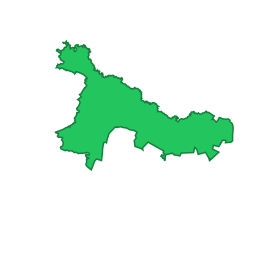 Abasolo, Guanajuato, Mexico, rotated 117°
{"feature_id": "50627088B42096071159121", "entity_name": "Abasolo", "entity_type": "district", "adm_level": 2, "iso_a3": "MEX", "parent_name": "Mexico", "parent_adm1": "Guanajuato", "projection": "orthographic", "projection_center": [-101.545, 20.537], "detail": "fine", "context": "isolated", "style": "filled", "palette": "green", "viewbox_px": 256, "rotation_deg": 117, "n_neighbors": 0, "source": "geoboundaries", "source_scale": "gbopen_adm2", "svg_char_len": 5740}
<svg xmlns="http://www.w3.org/2000/svg" viewBox="0 0 256 256"><g transform="rotate(117 128 128)"><path d="M169.0,136.9L161.6,139.6L158.1,141.2L152.1,143.0L150.7,141.2L150.9,140.5L147.3,141.5L141.4,142.4L133.7,140.1L133.0,139.8L132.6,138.3L131.9,138.3L132.0,137.3L130.2,135.3L130.0,133.3L128.6,129.0L128.7,125.4L127.5,121.9L127.6,118.0L131.4,118.1L133.0,116.2L136.5,116.7L141.2,113.4L140.3,106.9L140.8,104.8L139.0,106.0L131.5,103.7L132.2,85.7L134.2,85.4L134.3,84.0L135.5,83.8L136.1,83.8L136.7,85.7L138.3,85.8L138.6,82.8L139.2,83.0L139.3,81.2L140.1,80.8L139.8,80.4L138.0,81.1L137.6,81.6L134.4,82.0L131.3,78.2L131.1,77.6L130.4,77.4L130.6,74.9L131.0,74.8L129.3,69.1L126.2,69.2L120.1,58.4L115.0,59.7L115.8,57.0L119.6,53.5L114.5,47.8L118.4,41.9L118.7,41.5L118.2,41.5L118.2,41.2L118.7,41.3L119.3,40.9L119.6,41.1L120.0,40.5L108.3,36.1L108.4,43.1L104.6,44.0L103.3,38.6L96.0,38.2L94.6,35.3L96.9,34.5L94.0,30.0L92.9,29.3L91.7,29.1L87.1,31.5L81.8,33.6L78.8,35.2L76.8,37.2L76.0,40.1L75.1,40.5L74.6,41.2L74.4,42.8L75.9,45.1L76.9,47.9L76.9,50.2L77.3,51.5L81.1,51.4L81.9,52.0L82.7,52.1L81.5,55.4L81.4,56.5L81.8,56.9L78.1,56.6L78.3,58.1L78.1,58.1L77.5,63.0L78.2,65.1L77.6,65.6L77.7,66.2L80.0,66.8L80.6,68.2L82.8,69.5L83.0,70.1L82.6,72.2L83.7,72.5L84.0,72.9L83.8,74.3L84.8,75.6L84.4,76.3L83.6,76.4L83.5,77.0L84.5,77.7L85.1,78.8L85.6,78.9L86.1,78.3L87.0,78.3L87.3,79.2L87.9,79.3L88.0,78.2L88.5,77.9L89.5,79.0L91.0,80.0L92.2,79.7L93.1,81.0L94.8,82.3L95.5,84.6L97.2,85.8L99.5,86.1L99.8,87.1L99.2,87.9L99.4,88.6L98.2,88.4L98.3,88.9L97.8,89.7L97.1,89.6L96.7,89.0L97.0,88.1L96.7,87.6L96.2,88.1L95.6,89.9L96.0,91.7L97.0,91.8L97.6,92.7L98.1,92.4L98.6,93.4L99.3,93.2L100.3,93.9L100.1,95.4L100.5,97.1L99.7,97.8L99.0,99.8L99.4,101.3L98.6,102.4L99.0,104.2L98.5,104.7L98.7,105.3L98.2,106.0L98.7,106.4L99.4,108.6L99.9,109.1L99.0,109.3L98.0,110.3L97.1,110.1L96.6,111.2L95.7,111.3L94.9,110.6L94.8,112.4L93.9,113.3L94.3,114.5L93.7,114.6L93.9,115.4L93.6,116.3L94.3,117.6L95.2,117.6L95.4,118.3L96.0,118.4L96.0,119.2L96.7,118.8L97.1,119.4L96.4,119.6L96.5,120.6L96.1,120.1L95.7,120.1L96.1,121.0L96.1,121.9L95.6,122.7L96.1,124.2L96.8,124.1L97.0,123.6L97.7,124.4L96.8,126.4L97.4,128.8L95.7,129.6L95.3,129.1L94.5,130.2L93.7,130.3L92.7,131.1L92.1,131.0L91.7,131.8L90.5,131.8L89.9,132.4L90.2,132.8L90.0,134.3L89.1,134.1L88.9,134.6L88.9,135.9L88.5,136.6L88.6,137.7L89.5,139.7L88.8,140.2L89.1,140.6L90.2,140.7L91.1,141.2L91.0,142.2L91.5,142.5L91.3,143.1L91.6,144.1L91.0,145.5L91.2,146.5L90.8,146.9L91.1,147.7L90.1,150.5L90.5,151.5L90.7,153.6L90.2,153.9L90.5,154.4L90.4,155.2L87.3,155.0L86.2,155.9L86.3,156.8L87.1,156.6L87.8,156.9L87.5,159.0L88.2,159.5L87.6,162.1L88.9,162.7L89.1,163.6L87.8,164.3L88.0,165.6L88.8,166.3L89.3,167.5L89.7,167.7L89.5,168.3L90.0,169.3L90.4,169.5L91.3,169.1L91.3,169.9L92.2,170.2L92.0,171.2L93.8,171.7L93.6,172.3L93.8,172.7L93.3,173.3L93.7,173.8L93.1,174.2L93.6,174.5L92.2,175.1L91.6,174.7L91.4,175.1L92.0,175.9L90.8,175.9L91.0,176.5L91.7,176.4L92.7,177.6L92.5,178.5L91.5,178.7L91.3,179.4L90.6,178.9L90.4,179.1L90.3,179.9L91.0,180.0L90.7,180.5L91.0,181.0L90.5,181.6L91.3,181.5L91.6,181.8L91.3,182.7L91.8,183.5L90.4,184.2L91.3,184.9L89.3,185.1L88.8,186.0L87.6,186.7L87.6,187.9L86.8,188.9L86.7,190.1L86.0,190.3L85.4,191.4L84.3,191.6L84.3,192.8L83.9,193.1L84.6,194.1L83.2,195.2L83.0,195.9L80.8,195.8L78.9,197.4L78.3,196.5L77.1,196.0L76.8,196.2L76.7,197.2L77.0,197.8L76.7,198.1L76.0,197.6L75.4,197.8L75.1,198.5L75.6,198.6L75.5,199.4L75.9,199.6L75.5,200.7L75.8,201.2L74.5,203.0L75.5,202.9L75.6,203.9L74.4,204.0L74.0,204.6L74.1,205.3L74.8,205.3L75.1,205.7L76.2,205.6L75.9,205.9L75.9,206.7L77.8,208.5L77.6,209.0L78.0,209.7L76.6,210.2L77.4,211.8L78.5,212.3L80.6,212.2L80.8,211.9L80.3,210.6L81.1,209.8L83.1,209.5L83.6,209.6L84.0,210.3L83.6,211.3L82.2,211.7L81.7,212.3L81.2,212.4L81.5,214.0L83.6,215.4L82.1,216.1L82.0,216.7L80.5,216.9L80.7,217.9L80.6,218.5L81.3,219.2L79.9,219.9L79.5,219.6L79.2,220.4L79.9,221.3L78.8,222.4L80.9,222.6L80.9,224.0L81.3,224.7L81.8,223.8L81.2,223.0L81.1,222.1L82.3,220.1L84.1,219.7L84.9,221.0L86.1,221.2L87.4,220.8L88.5,222.1L90.0,222.2L89.6,226.2L90.3,226.9L91.4,226.9L91.7,226.7L91.6,225.0L92.2,223.4L91.5,221.9L93.4,221.2L94.9,222.1L96.0,222.1L96.1,220.6L97.8,219.2L97.6,218.6L98.0,218.0L97.9,215.5L98.2,214.9L100.4,215.2L100.8,215.5L101.2,217.3L102.8,217.5L103.1,219.5L103.9,219.2L104.8,219.6L105.6,219.1L106.8,219.2L105.8,217.8L106.4,215.6L106.0,215.6L105.0,214.9L104.7,214.1L104.4,212.2L104.7,211.8L104.7,208.9L104.2,208.9L103.2,203.0L103.7,201.6L103.0,200.1L103.5,199.9L102.1,199.5L102.0,199.8L101.5,200.0L101.0,198.8L100.5,192.0L101.5,188.5L102.3,187.0L103.1,187.0L102.4,187.9L104.4,188.2L105.5,187.7L105.5,186.6L107.4,187.2L108.8,184.1L111.5,184.3L111.5,184.8L112.1,185.0L118.7,185.4L120.2,186.4L121.3,183.8L125.6,185.7L125.4,184.2L127.3,182.1L131.3,182.0L132.7,182.4L133.1,182.2L133.8,182.6L135.1,181.5L134.7,180.3L135.0,179.4L135.8,178.6L137.4,180.5L138.2,180.0L138.3,180.3L139.0,180.1L138.9,180.4L139.1,179.9L141.0,179.7L143.5,180.2L144.0,179.9L144.1,179.3L145.9,178.6L146.9,177.3L147.8,178.5L148.8,178.3L148.9,179.0L151.0,179.6L151.2,180.1L153.5,180.2L153.0,180.7L152.9,181.3L153.9,182.0L154.4,181.9L156.0,183.5L159.0,185.4L164.6,190.7L165.1,189.9L164.4,187.7L165.4,187.1L167.3,187.2L167.9,185.8L166.5,183.2L166.6,181.7L168.8,181.9L169.2,180.7L170.3,179.2L172.1,178.4L173.5,178.1L175.4,179.4L176.4,179.1L177.0,178.1L176.7,173.6L175.3,172.2L175.5,170.6L173.7,167.3L174.3,164.8L173.1,162.9L173.3,160.8L169.7,154.7L168.8,154.0L168.2,153.1L168.2,151.2L168.9,150.5L169.8,150.5L170.1,151.2L170.2,152.9L171.2,153.6L172.1,153.0L173.0,151.4L172.6,150.0L172.8,149.3L174.6,150.8L177.3,149.3L178.9,149.2L179.8,148.8L180.9,147.0L182.0,141.7L172.6,142.7L170.0,142.0L169.0,136.9Z" fill="#22c55e" stroke="#15803d" stroke-width="1.5"/></g></svg>